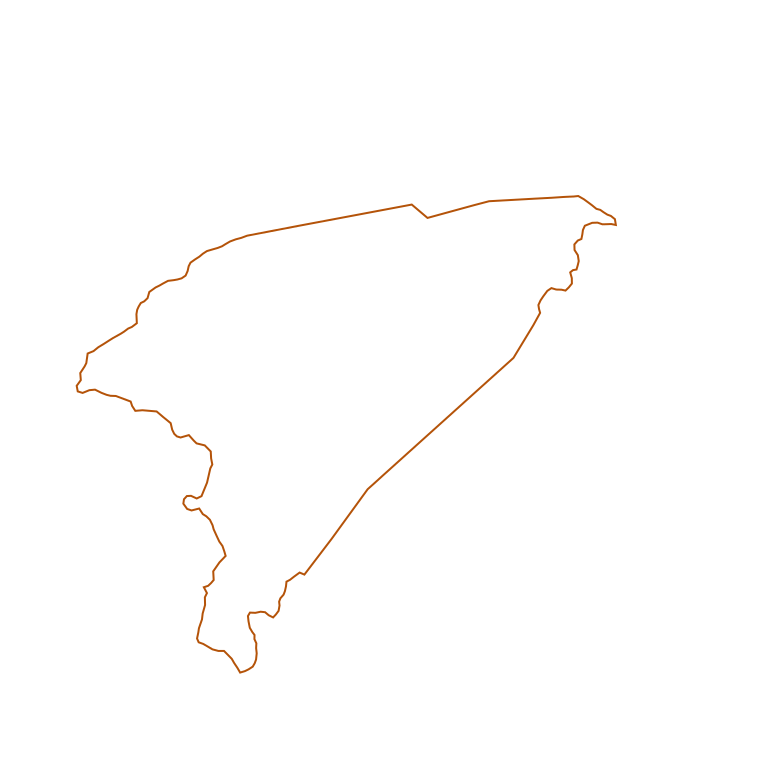 the district of Itagimirim, Bahia, Brazil, rotated 334°
{"feature_id": "56859067B60093559467273", "entity_name": "Itagimirim", "entity_type": "district", "adm_level": 2, "iso_a3": "BRA", "parent_name": "Brazil", "parent_adm1": "Bahia", "projection": "orthographic", "projection_center": [-39.777, -16.127], "detail": "fine", "context": "isolated", "style": "outline", "palette": "amber", "viewbox_px": 768, "rotation_deg": 334, "n_neighbors": 0, "source": "geoboundaries", "source_scale": "gbopen_adm2", "svg_char_len": 2674}
<svg xmlns="http://www.w3.org/2000/svg" viewBox="0 0 768 768"><g transform="rotate(334 384 384)"><path d="M662.1,342.7L663.8,337.1L661.6,332.4L659.0,329.7L656.6,325.8L654.7,322.3L651.7,319.7L649.3,314.5L647.4,310.8L644.6,305.5L641.0,300.2L636.6,298.6L632.5,296.8L627.6,294.7L616.3,290.1L601.9,284.0L558.6,265.8L543.6,262.8L495.9,253.8L487.6,234.9L376.6,204.4L326.0,190.7L319.8,190.1L314.2,189.0L308.1,188.4L302.7,188.8L298.8,189.2L294.1,188.8L289.0,187.9L283.1,186.9L278.3,187.5L273.9,188.6L268.8,189.2L263.3,190.1L260.1,192.5L257.0,196.4L253.2,199.6L248.4,200.3L244.1,199.5L240.6,198.5L235.1,196.6L229.4,196.8L225.3,197.1L221.0,197.1L213.4,198.4L209.1,203.2L204.7,204.6L200.9,204.6L197.5,206.8L194.7,209.1L192.1,212.7L188.5,221.0L182.3,222.2L178.4,222.0L173.2,223.0L169.6,223.4L160.6,223.9L155.9,224.4L150.0,225.1L143.4,225.7L137.3,227.1L131.0,226.7L125.6,234.7L122.7,236.9L115.8,241.0L113.2,247.6L107.0,250.9L105.5,256.4L109.2,259.9L116.5,260.4L121.8,262.4L126.2,268.1L129.9,272.1L133.0,274.7L137.7,277.2L148.6,288.7L148.0,293.4L148.7,299.1L155.4,301.7L167.6,309.0L171.0,316.8L175.1,325.7L173.6,332.2L173.6,336.8L174.9,340.3L177.7,342.9L186.2,344.4L188.2,351.5L189.5,355.2L196.0,360.6L198.7,368.7L196.0,375.1L194.4,381.1L190.9,383.7L181.7,395.1L170.8,404.8L165.5,404.8L161.5,399.9L157.7,398.3L153.7,399.9L151.2,403.6L152.3,410.0L155.6,413.3L163.3,414.9L164.1,421.5L166.3,425.0L168.0,429.7L168.0,435.8L167.2,439.9L167.0,447.0L166.9,453.4L167.8,458.8L167.1,464.4L166.3,469.1L157.9,472.2L148.4,477.5L145.0,485.5L141.3,487.1L137.5,488.3L133.0,487.7L133.2,494.3L129.5,497.2L126.3,504.2L120.4,510.8L117.2,515.8L110.6,522.4L108.2,525.9L104.4,530.8L104.2,534.9L107.6,538.4L113.5,547.3L118.1,551.3L123.2,553.8L126.7,564.3L127.0,569.0L127.8,574.8L128.2,580.3L133.1,581.1L137.2,581.1L142.1,580.5L145.4,578.3L148.2,575.6L151.5,570.3L153.3,565.3L155.6,561.1L155.7,556.5L157.6,552.8L156.9,549.3L156.5,544.3L158.2,537.9L160.0,532.9L163.3,530.7L168.1,533.3L173.3,534.6L177.1,537.0L179.0,541.3L182.0,545.2L185.7,543.8L189.8,541.7L193.0,537.3L194.3,533.7L196.9,531.2L201.4,529.3L204.1,526.8L207.2,522.9L209.7,518.9L213.6,518.8L218.8,517.7L225.5,516.5L228.9,520.4L268.9,500.3L323.2,471.4L334.8,468.1L343.0,465.7L511.8,417.3L544.0,396.6L555.5,388.5L556.2,384.6L557.4,380.7L561.3,377.5L565.6,375.0L571.6,371.9L576.5,371.2L580.2,374.6L584.8,377.0L588.1,379.6L592.4,378.2L596.9,376.1L599.2,371.2L600.3,365.3L603.8,364.5L607.2,365.5L610.2,362.2L612.9,358.9L614.7,353.2L614.0,347.1L616.3,342.0L621.1,340.0L625.0,340.2L627.9,336.4L630.3,332.8L633.9,329.8L637.8,330.1L641.8,330.4L646.7,332.6L650.3,336.2L654.0,337.9L658.3,339.8L662.1,342.7Z" fill="none" stroke="#b45309" stroke-width="2"/></g></svg>